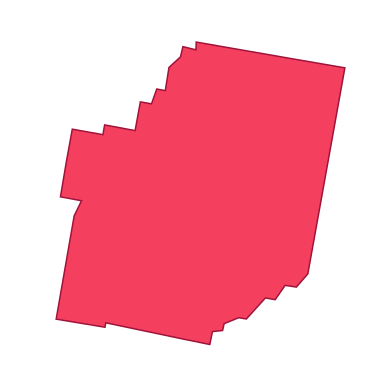 outline of Venango, Pennsylvania, United States of America, rotated 190°
{"feature_id": "52423323B82006057741431", "entity_name": "Venango", "entity_type": "district", "adm_level": 2, "iso_a3": "USA", "parent_name": "United States of America", "parent_adm1": "Pennsylvania", "projection": "albers", "projection_center": [-79.716, 41.398], "detail": "fine", "context": "isolated", "style": "filled", "palette": "rose", "viewbox_px": 384, "rotation_deg": 190, "n_neighbors": 0, "source": "geoboundaries", "source_scale": "gbopen_adm2", "svg_char_len": 576}
<svg xmlns="http://www.w3.org/2000/svg" viewBox="0 0 384 384"><g transform="rotate(190 192 192)"><path d="M213.9,340.4L212.8,332.7L226.2,333.6L226.8,323.1L236.3,310.7L235.9,287.2L244.6,287.3L247.2,271.8L258.5,271.8L258.7,242.6L289.7,242.9L289.7,233.0L320.8,233.1L321.0,199.7L320.7,164.4L299.3,164.2L303.9,148.0L303.7,43.2L254.2,43.7L254.2,48.2L177.7,45.7L148.0,44.9L147.6,58.1L137.8,60.9L137.5,67.9L124.2,76.3L116.4,76.4L101.3,100.4L91.4,100.4L84.1,116.2L72.7,116.5L63.7,131.5L63.0,340.8L119.5,340.6L213.9,340.4Z" fill="#f43f5e" stroke="#9f1239" stroke-width="1.5"/></g></svg>